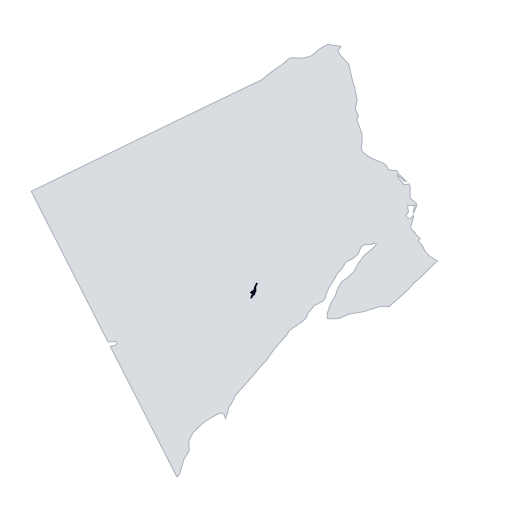 Dar al-Salam, Suhaj, Egypt shown in context, rotated 63°
{"feature_id": "37247803B4319107870519", "entity_name": "Dar al-Salam", "entity_type": "district", "adm_level": 2, "iso_a3": "EGY", "parent_name": "Egypt", "parent_adm1": "Suhaj", "projection": "equal_earth", "projection_center": [32.033, 26.274], "detail": "fine", "context": "in_parent", "style": "filled", "palette": "ink", "viewbox_px": 512, "rotation_deg": 63, "n_neighbors": 0, "source": "geoboundaries", "source_scale": "gbopen_adm2", "svg_char_len": 5181}
<svg xmlns="http://www.w3.org/2000/svg" viewBox="0 0 512 512"><g transform="rotate(63 256 256)"><path d="M416.8,426.8L408.0,426.8L399.2,426.8L390.3,426.8L381.5,426.8L372.6,426.8L363.8,426.8L354.9,426.8L346.1,426.8L337.3,426.8L328.4,426.8L319.6,426.8L310.7,426.8L301.9,426.8L293.0,426.8L284.2,426.9L275.4,426.9L270.3,426.9L271.2,423.6L271.7,421.4L271.1,419.8L269.4,419.4L268.3,419.9L265.6,426.6L264.2,426.9L261.1,426.9L250.8,426.9L240.5,426.9L230.2,426.9L219.9,426.9L209.6,426.9L199.3,426.9L189.0,426.9L178.7,426.9L168.4,426.9L158.2,426.9L147.9,426.9L137.6,426.9L127.3,426.9L117.0,426.9L106.7,426.9L96.4,426.9L96.5,418.7L96.7,410.6L96.8,402.5L97.0,394.4L97.1,386.4L97.2,378.3L97.4,370.2L97.5,362.1L97.7,354.1L97.8,346.0L98.0,338.0L98.2,330.0L98.3,321.9L98.5,313.9L98.6,305.9L98.8,297.9L99.0,289.9L99.1,281.9L99.3,274.0L99.4,266.0L99.6,258.0L99.8,250.1L100.0,242.1L100.1,234.2L100.3,226.3L100.5,218.4L100.7,210.5L100.8,202.6L101.0,194.7L101.2,186.8L101.4,178.9L101.6,171.1L101.4,169.6L100.0,164.3L98.9,157.5L97.6,149.2L97.5,146.5L95.3,137.9L95.2,135.5L95.8,133.8L99.9,126.6L101.2,123.1L102.3,118.9L102.7,115.5L101.7,110.3L100.5,105.6L100.1,100.9L100.1,96.2L102.1,93.0L104.6,90.0L105.6,88.1L107.0,86.1L108.1,85.1L109.9,89.3L113.9,90.0L127.3,86.3L141.8,90.0L149.9,91.5L162.3,94.7L169.7,100.4L171.8,101.1L177.3,101.0L180.8,104.4L195.0,106.0L202.5,109.7L206.8,112.7L209.4,113.6L211.7,113.5L214.8,112.4L218.7,110.3L223.0,107.4L231.8,99.9L234.9,98.6L237.0,98.9L239.4,98.8L240.5,96.8L241.8,95.4L242.6,93.8L244.0,91.9L248.5,91.4L257.7,88.2L256.7,89.7L248.3,93.3L251.9,93.8L255.5,92.5L259.7,91.7L260.5,90.2L261.0,87.3L261.8,86.9L264.7,87.4L273.3,91.9L275.4,92.0L281.4,89.6L282.7,89.0L284.7,90.4L289.1,96.0L287.6,95.8L282.8,91.1L282.4,93.4L279.6,97.6L283.0,99.4L285.8,100.1L287.3,102.5L288.2,104.5L291.0,103.6L292.9,100.8L291.9,99.2L291.2,97.6L292.1,97.5L294.0,98.9L299.4,104.3L301.3,105.4L303.4,105.2L307.8,103.7L309.0,103.9L314.9,101.9L315.6,103.4L316.6,104.8L321.4,103.2L328.9,103.2L335.0,101.5L342.1,97.2L342.7,96.6L343.0,97.6L343.9,100.5L346.1,107.9L348.1,113.7L350.4,121.8L351.2,124.8L351.5,127.0L355.0,135.8L357.0,143.1L358.6,149.0L360.7,157.7L361.6,160.7L360.2,162.3L357.3,167.9L354.3,185.9L349.9,200.0L349.5,208.8L348.8,212.0L346.7,216.4L344.1,220.8L339.5,218.6L332.0,210.9L327.5,203.5L322.8,198.8L318.4,192.6L317.2,188.1L317.2,185.2L315.2,178.2L313.8,174.9L308.4,167.4L306.8,163.4L305.7,161.7L304.5,159.2L302.5,149.5L300.4,143.4L297.9,145.1L298.4,147.7L296.3,151.2L295.0,155.4L296.0,158.7L300.4,163.9L301.3,166.2L302.3,171.0L302.2,177.7L302.9,179.9L306.2,184.9L307.4,187.8L308.1,190.4L309.2,192.7L312.5,197.0L317.2,205.2L321.7,210.7L325.0,213.4L326.4,216.1L326.7,223.1L326.5,226.4L329.4,232.6L330.4,235.8L333.2,238.3L334.5,241.3L335.7,246.1L337.5,260.2L339.9,263.7L347.4,282.4L353.8,294.3L356.9,303.1L361.6,313.9L370.9,337.7L376.4,345.0L378.6,349.1L382.6,352.3L386.9,356.9L382.8,356.5L381.8,356.8L380.4,357.5L379.7,360.3L379.4,362.6L380.0,374.7L381.2,380.9L384.9,392.6L387.6,396.1L388.9,398.3L390.8,400.0L399.3,404.0L404.4,412.5L415.7,423.2L416.8,426.1L416.8,426.8Z" fill="#d9dde1" stroke="#a8b0b8" stroke-width="1"/><path d="M280.9,268.0L281.0,268.1L281.1,268.3L281.3,268.4L281.4,268.5L281.5,268.7L281.5,268.8L281.7,269.0L281.8,269.2L281.9,269.4L282.0,269.5L282.2,269.8L282.3,269.9L282.5,270.0L282.7,270.3L282.8,270.5L283.0,270.7L283.0,270.8L283.2,271.0L283.3,271.0L283.5,271.2L283.6,271.3L283.7,271.5L283.8,271.6L284.0,271.8L284.3,272.0L284.5,272.1L284.8,272.2L284.8,272.3L285.0,272.4L285.1,272.5L285.3,272.7L285.4,272.8L285.5,272.8L285.6,273.0L285.7,273.3L285.7,273.6L285.7,273.8L285.8,273.9L285.8,274.0L285.8,274.3L285.8,274.5L285.9,274.8L285.9,275.0L286.0,275.1L285.9,275.1L285.9,275.3L285.9,275.5L285.9,275.8L286.0,275.9L286.0,276.0L286.0,276.4L286.0,276.5L286.1,276.8L286.3,276.9L286.3,277.0L286.2,277.0L286.2,276.9L286.2,277.0L286.3,277.0L286.5,277.1L286.8,277.0L286.9,276.9L287.0,276.9L287.2,276.7L287.3,276.6L287.4,276.4L287.5,276.3L287.6,276.2L287.8,276.1L288.0,276.0L288.2,275.9L288.3,275.9L288.5,275.8L288.8,275.9L288.9,276.0L289.0,276.0L289.1,276.3L289.2,276.5L289.3,276.6L289.4,276.8L289.4,277.0L289.5,277.0L289.5,277.3L289.6,277.5L289.6,277.8L289.5,278.0L289.7,278.3L289.8,278.3L290.0,278.3L290.3,278.4L290.3,278.5L290.5,278.6L290.8,278.8L291.0,279.0L291.3,279.3L291.4,279.2L291.5,279.2L291.4,279.2L291.2,279.0L291.1,278.9L291.0,278.7L290.9,278.6L290.7,278.5L290.5,278.3L290.4,278.3L290.3,278.2L290.2,278.1L290.1,277.9L290.0,277.7L289.9,277.4L289.9,277.2L289.8,276.8L289.7,276.6L289.6,276.3L289.5,276.1L289.4,275.8L289.3,275.6L289.3,275.3L289.3,275.0L289.2,274.9L289.1,274.7L288.9,274.6L288.8,274.4L288.7,274.4L288.5,274.2L288.4,274.1L288.3,273.9L288.2,273.9L287.9,273.8L287.8,273.7L287.7,273.6L287.7,273.4L287.6,273.2L287.3,272.8L287.1,272.5L287.1,272.3L287.0,272.2L286.9,272.2L286.7,272.2L286.4,272.2L286.1,272.2L285.9,271.9L285.8,271.7L285.7,271.7L285.4,271.4L285.2,271.4L284.9,271.3L284.7,271.3L284.4,271.2L284.2,271.2L283.9,271.0L283.7,270.8L283.6,270.7L283.4,270.4L283.1,270.2L282.9,270.1L282.7,270.0L282.6,269.8L282.4,269.6L282.2,269.4L282.0,269.2L281.7,268.7L281.3,268.0L281.2,267.8L280.9,268.0Z" fill="#0f172a" stroke="#020617" stroke-width="1.5"/></g></svg>